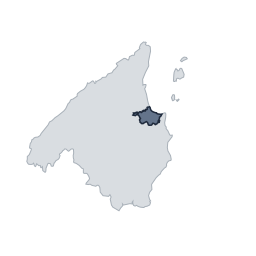 Spain, with Valencia highlighted, rotated 310°
{"feature_id": "ESP-5849", "entity_name": "Valencia", "entity_type": "Autonomous Community", "adm_level": 1, "iso_a3": "ESP", "parent_name": "Spain", "parent_adm1": "", "projection": "natural_earth1", "projection_center": [-1.049, 39.449], "detail": "fine", "context": "in_parent", "style": "filled", "palette": "slate", "viewbox_px": 256, "rotation_deg": 310, "n_neighbors": 0, "source": "natural_earth", "source_scale": "10m", "svg_char_len": 6347}
<svg xmlns="http://www.w3.org/2000/svg" viewBox="0 0 256 256"><g transform="rotate(310 128 128)"><path d="M136.5,68.0L136.5,68.6L137.6,69.7L140.8,70.4L141.6,70.8L141.4,72.4L140.7,73.7L141.4,74.3L142.1,74.3L143.1,73.2L143.3,73.9L144.8,74.5L148.0,75.8L150.3,75.9L152.7,78.3L156.6,77.9L160.0,80.2L163.3,79.7L164.0,80.1L169.1,80.2L169.4,78.3L170.0,77.5L178.8,80.2L179.8,81.8L179.7,82.6L180.1,84.5L181.3,84.4L183.6,83.3L186.6,84.6L187.4,85.8L188.0,85.9L190.3,84.7L196.4,86.1L196.6,85.2L197.0,85.0L199.6,84.1L200.6,84.0L203.9,84.6L204.3,85.6L205.0,86.1L205.2,87.0L203.3,87.5L203.2,89.1L204.4,90.5L204.5,92.8L201.3,95.9L192.0,101.0L188.9,104.0L181.9,105.6L174.7,107.9L170.4,111.9L171.5,112.3L172.8,113.7L172.4,114.3L170.5,115.2L168.8,115.5L165.7,120.5L161.4,125.7L159.7,128.1L156.3,134.2L156.3,135.9L158.0,142.0L159.0,143.6L160.4,144.9L163.0,146.1L163.6,147.2L162.7,148.3L160.1,150.2L155.6,152.7L153.7,154.8L153.3,156.7L152.0,157.6L151.5,160.3L149.7,164.1L149.6,165.1L151.0,166.5L149.6,167.4L142.6,167.7L138.3,170.7L136.1,173.3L134.2,178.3L131.8,181.2L130.7,181.7L129.1,180.4L127.1,180.2L125.1,180.7L124.1,181.7L122.4,182.2L120.9,181.7L117.4,181.5L115.9,181.5L113.5,182.3L111.5,181.8L108.1,181.5L100.6,182.2L99.7,182.5L96.3,185.8L92.7,185.9L89.4,187.2L87.2,190.4L86.7,192.2L86.1,191.8L85.6,191.9L85.3,193.2L83.0,194.1L80.5,193.0L78.4,191.4L77.3,191.3L75.6,188.8L74.8,187.2L74.3,185.5L74.3,184.3L72.7,183.6L72.3,182.0L73.5,179.9L75.1,178.8L73.7,178.9L72.6,180.2L71.3,178.1L66.0,174.0L66.3,172.6L65.4,173.6L64.7,173.9L62.0,173.8L58.8,174.3L57.6,167.3L58.4,164.8L62.1,160.1L64.3,159.4L65.3,157.0L63.2,157.1L60.1,152.4L61.0,148.0L64.3,144.7L64.9,143.3L65.0,142.1L64.4,141.2L62.7,140.8L60.9,137.3L60.6,135.1L59.1,133.9L57.9,131.8L59.0,131.4L63.6,131.4L64.7,130.9L65.6,129.4L66.5,127.1L66.8,125.6L65.0,123.5L65.0,123.1L65.2,122.4L68.0,120.1L67.5,118.4L68.0,114.8L67.8,112.7L67.6,111.0L66.7,108.8L67.3,107.9L68.8,107.1L70.0,105.3L71.7,103.7L73.9,102.5L76.6,99.9L76.2,98.7L75.3,98.0L72.1,97.5L71.9,96.9L72.0,94.0L71.2,92.9L70.0,93.0L68.3,92.5L67.9,92.8L65.6,92.7L64.1,92.2L63.4,92.7L63.2,93.7L60.5,94.7L59.1,94.7L56.7,93.8L53.9,94.1L53.6,93.9L51.2,95.1L50.4,95.1L49.5,93.7L50.8,91.6L49.7,89.6L49.0,89.6L44.6,91.0L42.0,92.9L41.0,93.1L40.7,92.8L40.6,90.1L43.4,87.2L41.7,87.0L41.8,86.2L42.9,84.9L41.8,83.9L41.9,81.0L39.5,81.9L38.9,81.8L38.9,80.6L40.4,78.3L38.9,78.1L37.8,77.2L36.4,75.3L36.4,74.3L37.3,72.0L39.4,70.9L41.4,69.2L44.2,69.5L48.4,68.2L49.9,67.5L49.8,66.5L49.4,65.8L49.8,65.1L53.3,63.1L55.3,62.9L57.4,61.9L58.8,62.6L60.0,62.4L61.4,63.1L63.2,64.8L65.8,65.5L68.0,65.0L79.0,64.8L82.2,64.0L84.6,65.0L89.2,65.5L92.1,66.4L99.8,67.9L102.7,67.9L108.4,66.4L109.9,66.8L112.2,66.1L113.3,66.2L114.7,67.2L119.7,68.6L121.0,67.5L122.0,67.2L125.6,67.9L129.2,69.3L131.1,69.4L133.8,69.1L136.5,68.0ZM203.7,129.6L205.0,130.1L206.4,129.6L207.1,129.8L207.8,130.1L208.0,131.1L205.2,136.5L202.8,137.9L200.4,136.8L199.1,136.5L198.7,136.1L198.3,134.3L197.7,133.8L196.8,133.6L194.9,134.9L194.4,134.0L193.5,133.8L193.2,133.3L193.2,132.6L198.8,128.5L200.4,127.5L203.8,126.5L204.4,126.6L203.9,127.3L204.4,127.9L203.7,129.6ZM219.6,127.4L219.1,128.9L214.9,126.9L213.5,126.7L213.2,126.4L213.3,124.9L216.1,124.7L218.4,125.4L219.6,127.4ZM180.6,144.5L180.1,145.5L178.1,145.1L177.6,144.7L178.0,143.5L178.6,143.4L178.7,142.5L179.3,141.7L182.2,141.0L182.9,141.6L183.1,142.4L181.3,144.2L180.6,144.5ZM182.7,148.7L182.4,148.9L180.1,148.7L180.1,148.0L180.5,147.0L181.4,148.0L182.7,148.2L182.7,148.7Z" fill="#d9dde1" stroke="#a8b0b8" stroke-width="1"/><path d="M158.1,130.8L158.1,131.0L158.0,131.4L157.9,131.7L157.8,131.9L157.5,132.3L157.3,132.5L157.1,132.8L157.0,133.1L156.9,133.3L156.5,133.9L156.4,134.2L156.3,134.9L156.3,135.7L156.4,136.4L156.7,137.6L157.5,139.4L157.7,139.7L157.9,140.0L157.7,140.1L157.6,140.5L157.7,141.2L157.9,141.7L158.3,142.4L158.7,143.0L159.2,143.9L159.4,144.2L159.9,144.6L160.4,145.1L157.7,145.6L156.6,145.1L155.1,146.2L152.7,146.6L153.1,147.3L153.3,147.2L153.5,147.1L153.9,147.5L152.4,148.3L152.2,148.2L151.9,147.9L150.8,147.3L150.6,147.3L149.7,147.5L149.5,147.4L149.1,147.0L149.0,146.9L148.8,146.9L148.5,147.0L148.4,147.0L148.3,146.9L148.1,146.7L148.2,146.4L148.3,146.3L148.3,146.2L148.1,145.5L148.1,145.4L148.2,145.2L148.1,144.9L147.7,144.1L147.4,143.9L147.2,143.9L147.1,144.0L146.9,144.1L146.6,144.1L146.2,144.1L145.9,144.2L145.5,144.2L145.3,144.1L145.1,144.0L143.7,142.4L143.6,142.0L143.5,141.8L143.6,141.7L143.6,141.4L143.8,141.1L143.9,140.9L144.0,140.7L144.2,140.4L144.3,140.3L144.4,140.2L144.5,139.9L144.6,139.6L144.7,139.4L144.7,139.0L144.7,138.9L144.7,138.7L144.7,138.4L144.8,138.3L144.8,138.1L144.7,137.9L142.9,137.3L142.7,137.3L142.5,137.2L141.9,136.8L141.6,136.7L141.4,136.8L141.2,136.8L141.0,136.7L140.9,136.4L140.7,136.2L140.5,135.9L140.3,135.9L140.2,135.7L140.1,135.4L140.1,135.2L140.2,134.9L140.2,134.7L140.3,134.6L140.3,134.3L140.3,134.2L140.3,133.9L140.2,133.7L140.3,133.6L140.3,133.4L140.5,133.3L140.6,133.2L140.8,133.0L141.3,132.0L141.4,131.9L141.7,131.6L141.9,131.4L142.1,131.4L142.3,131.4L142.5,131.5L142.8,131.6L143.0,131.6L143.3,131.5L143.4,131.4L143.5,131.2L143.5,130.8L143.4,130.7L143.5,130.4L143.8,129.8L144.0,129.6L144.2,129.2L144.4,128.3L144.4,128.0L144.4,127.8L144.4,127.5L144.4,127.4L144.3,127.1L144.4,126.9L144.5,126.8L145.0,126.6L145.4,126.6L145.7,126.5L145.8,126.5L146.1,126.4L146.4,126.3L146.9,126.4L147.1,126.3L147.3,126.4L147.5,126.4L148.2,126.7L148.4,127.0L148.4,127.3L148.3,127.5L148.4,127.8L148.5,127.9L148.5,128.0L148.4,128.2L148.5,128.3L148.7,128.5L148.8,128.5L149.0,128.5L150.0,128.1L150.7,129.0L151.1,129.1L151.3,128.5L151.8,128.8L152.0,129.5L152.0,129.8L151.9,130.0L152.0,130.1L152.1,130.3L152.3,130.3L152.6,130.2L152.8,130.1L153.0,129.7L153.5,129.5L154.3,130.6L154.6,130.7L154.9,130.6L155.2,130.3L155.6,129.7L156.1,129.4L156.6,129.6L157.1,130.2L158.1,130.8ZM143.0,122.5L143.2,122.9L143.4,123.1L143.5,123.3L143.7,123.5L143.8,123.5L143.8,123.8L144.2,124.0L145.1,124.1L145.4,124.3L145.9,124.7L146.0,124.9L146.1,125.0L146.0,125.3L145.9,125.4L145.2,125.7L144.9,125.8L144.7,125.8L144.3,125.9L144.1,125.9L144.0,126.0L143.9,126.0L143.6,126.0L143.2,125.9L142.4,125.7L142.2,125.7L141.6,124.5L141.5,124.3L141.5,124.2L141.1,123.9L141.0,123.7L141.0,123.4L141.7,123.6L142.2,123.6L142.5,123.5L142.7,123.4L142.8,123.3L142.8,123.2L142.7,122.9L142.8,122.8L142.9,122.6L143.0,122.5Z" fill="#64748b" stroke="#1e293b" stroke-width="1.5"/></g></svg>